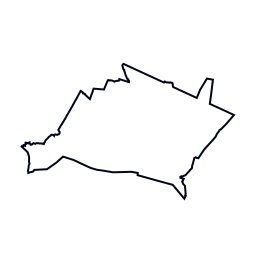 outline of Santiago Niltepec, Oaxaca, Mexico, rotated 13°
{"feature_id": "50627088B55269225316666", "entity_name": "Santiago Niltepec", "entity_type": "district", "adm_level": 2, "iso_a3": "MEX", "parent_name": "Mexico", "parent_adm1": "Oaxaca", "projection": "orthographic", "projection_center": [-94.638, 16.52], "detail": "fine", "context": "isolated", "style": "outline", "palette": "ink", "viewbox_px": 256, "rotation_deg": 13, "n_neighbors": 0, "source": "geoboundaries", "source_scale": "gbopen_adm2", "svg_char_len": 5079}
<svg xmlns="http://www.w3.org/2000/svg" viewBox="0 0 256 256"><g transform="rotate(13 128 128)"><path d="M224.2,99.4L228.3,91.5L219.5,89.6L202.3,86.1L201.4,76.4L199.9,61.8L193.8,62.1L189.6,74.8L188.3,83.2L172.6,80.0L162.8,77.9L162.7,77.7L162.6,77.4L162.4,77.2L162.2,76.9L162.0,76.4L161.9,76.0L161.8,75.7L161.8,75.4L161.7,75.0L161.6,74.8L161.4,74.6L161.3,74.4L161.1,74.1L160.5,74.3L160.4,74.3L160.1,74.2L159.9,74.1L159.7,74.1L159.2,74.0L158.9,74.1L158.5,74.2L158.2,74.4L157.8,74.6L157.5,74.6L157.3,74.6L157.2,74.5L156.9,74.5L156.7,74.6L156.4,74.6L156.0,74.7L155.7,74.8L155.2,74.9L154.9,74.9L154.5,74.8L154.4,74.8L154.2,74.7L153.9,74.6L153.6,74.4L153.4,74.3L153.2,74.4L153.1,74.6L153.1,74.8L153.0,75.0L152.9,75.4L152.8,75.6L120.0,68.8L111.9,67.1L109.3,66.5L109.1,66.7L108.8,67.1L108.5,67.6L108.4,68.4L109.2,69.7L109.7,70.7L110.1,71.5L110.3,71.7L110.6,72.0L111.3,72.2L111.3,72.3L111.4,72.6L111.4,73.1L112.1,74.0L112.4,74.4L113.0,75.6L113.6,76.7L116.2,80.3L116.5,80.4L116.8,80.4L116.8,80.5L117.0,80.8L117.4,81.1L117.6,81.3L117.9,81.4L118.2,81.5L118.3,81.7L118.5,82.1L118.6,83.1L108.6,82.3L108.7,83.7L106.8,84.5L105.3,85.1L104.8,85.4L104.6,85.6L104.5,85.9L104.2,85.9L103.9,85.8L103.5,85.6L103.2,85.6L102.7,85.4L101.0,85.4L99.9,85.7L99.6,85.6L99.1,85.9L98.9,85.8L98.8,85.7L98.4,85.6L98.2,85.7L97.6,86.1L95.9,95.9L85.6,97.4L85.3,100.0L85.4,100.3L85.0,103.4L85.0,103.5L84.9,103.6L84.7,105.7L84.4,108.4L81.7,106.9L80.4,106.1L78.8,105.2L78.6,104.7L78.1,104.7L77.5,104.5L77.4,104.4L77.1,104.3L76.5,104.4L76.4,104.4L76.4,103.9L75.4,103.3L73.6,102.4L73.5,102.5L73.1,104.1L72.6,105.8L72.3,107.0L72.2,107.1L72.0,108.1L71.7,109.2L71.2,111.0L70.8,112.4L70.4,113.5L70.1,114.5L69.4,117.1L69.2,117.8L69.1,118.4L68.5,120.3L68.2,121.4L68.0,122.0L67.8,122.6L67.5,123.7L67.2,124.5L67.0,125.3L66.3,127.7L66.0,128.7L65.9,128.8L65.8,129.0L65.6,129.6L65.4,130.4L65.3,130.6L65.3,130.8L65.1,131.6L64.6,133.2L64.1,134.7L64.0,135.0L63.9,135.3L63.6,136.3L63.1,137.9L63.0,138.0L62.7,138.8L62.5,139.6L62.4,139.6L62.5,139.6L62.3,140.2L62.2,140.3L61.9,141.1L61.2,143.6L60.7,144.9L60.6,145.5L60.8,145.9L61.0,146.1L61.8,146.8L62.2,147.1L62.4,147.7L62.5,148.2L62.5,148.7L62.1,149.5L61.4,149.8L61.2,150.1L60.8,150.5L60.6,150.6L59.4,150.6L58.8,150.6L58.2,150.9L57.9,151.0L57.9,151.5L57.8,152.3L57.2,151.9L56.6,151.7L55.9,151.6L55.2,151.7L54.9,151.9L54.5,152.4L54.1,153.1L53.7,153.6L53.5,153.8L53.2,154.0L52.8,154.5L52.5,155.2L52.2,155.9L51.9,156.4L51.4,157.0L51.0,157.6L50.6,158.4L50.3,159.1L50.2,159.9L50.2,160.3L49.9,160.9L49.7,161.2L49.7,161.9L49.7,162.4L49.3,162.6L49.1,162.2L48.7,162.3L48.3,162.6L48.0,162.6L47.4,162.6L47.1,162.6L46.5,162.6L46.2,162.7L45.9,162.9L45.6,163.0L45.2,162.9L44.8,163.0L44.3,163.0L44.0,162.9L43.6,163.0L43.0,163.3L42.6,163.3L42.2,163.4L41.9,163.5L41.6,164.0L41.3,164.3L40.7,164.2L40.0,164.1L39.3,164.0L39.0,164.4L38.9,164.5L38.7,164.7L38.6,165.0L38.3,165.5L37.8,165.9L37.2,166.1L36.8,166.2L36.6,165.8L36.5,165.5L36.4,165.3L36.0,165.1L35.2,165.3L35.1,164.7L35.1,164.2L34.9,164.3L34.7,165.0L34.4,165.4L34.1,165.4L33.2,165.2L33.0,165.3L32.6,166.0L32.4,165.8L32.1,165.3L31.8,165.2L31.5,165.3L31.4,165.7L31.6,166.1L31.7,166.5L31.6,167.2L31.6,167.5L31.6,168.1L31.7,168.5L31.2,168.5L30.7,168.2L30.4,168.0L30.0,168.1L29.8,168.5L30.0,169.0L30.1,169.4L30.0,169.5L29.7,169.4L29.4,169.4L29.1,169.5L28.7,169.6L28.4,169.7L28.2,169.6L27.7,169.5L35.7,174.2L35.9,174.6L38.1,178.3L38.5,180.1L38.7,181.1L38.8,181.5L38.9,181.9L39.1,182.5L39.1,183.3L39.4,183.8L39.8,184.3L40.0,184.8L40.0,185.4L39.8,186.0L39.8,186.7L39.8,187.4L39.8,187.9L40.0,188.5L40.1,189.2L40.1,189.9L40.1,190.7L40.1,191.6L40.3,192.2L40.5,193.0L40.9,193.8L41.0,194.2L42.6,193.2L43.0,193.0L45.3,191.8L46.2,189.9L58.3,186.4L60.0,184.6L60.1,184.4L66.2,177.6L68.2,174.6L68.3,174.6L71.1,170.5L82.0,171.4L100.5,175.3L106.9,175.7L113.9,175.1L122.3,174.6L123.5,174.5L129.3,173.0L135.9,171.3L140.8,170.0L143.8,169.8L147.6,169.6L148.0,171.8L173.2,172.9L184.4,173.3L191.6,178.8L198.8,184.2L199.1,182.7L199.3,182.1L199.5,181.1L198.9,181.0L198.9,180.6L199.0,180.3L199.0,180.0L199.0,179.7L199.0,179.4L199.0,178.9L198.9,178.8L198.7,178.4L198.3,177.1L198.2,176.6L198.0,176.1L197.8,175.6L197.6,174.9L197.4,174.2L197.0,173.1L196.6,171.9L196.5,171.5L195.2,170.7L194.8,170.4L194.3,170.0L193.9,169.6L193.3,168.0L192.9,168.0L193.7,165.0L190.3,164.8L190.1,164.1L190.0,163.9L190.9,163.0L191.5,163.1L192.5,162.6L193.4,161.9L193.7,161.6L194.0,161.5L194.6,161.0L195.4,159.7L195.6,159.2L196.5,157.7L197.3,156.4L197.5,156.0L197.5,155.9L198.0,154.8L198.3,154.5L198.3,154.4L198.4,154.1L198.5,153.9L198.8,153.7L199.0,153.4L199.1,153.1L199.2,152.8L199.3,152.5L199.3,152.3L199.2,152.2L199.1,151.1L199.0,150.6L199.0,150.0L199.1,149.1L199.2,148.6L199.3,147.9L199.3,147.6L199.2,146.7L199.3,146.1L199.3,145.0L199.4,144.1L199.3,143.6L199.4,142.3L200.1,141.9L200.6,141.3L200.8,141.4L201.1,141.5L201.7,141.7L202.0,141.7L202.7,141.7L203.4,141.6L204.2,139.3L204.4,138.8L205.6,135.6L207.0,132.0L208.7,128.9L209.8,126.9L213.2,120.9L215.4,116.7L215.9,113.8L217.4,110.7L217.6,109.6L218.6,108.5L219.4,107.5L222.9,101.8L224.2,99.4Z" fill="none" stroke="#020617" stroke-width="2"/></g></svg>